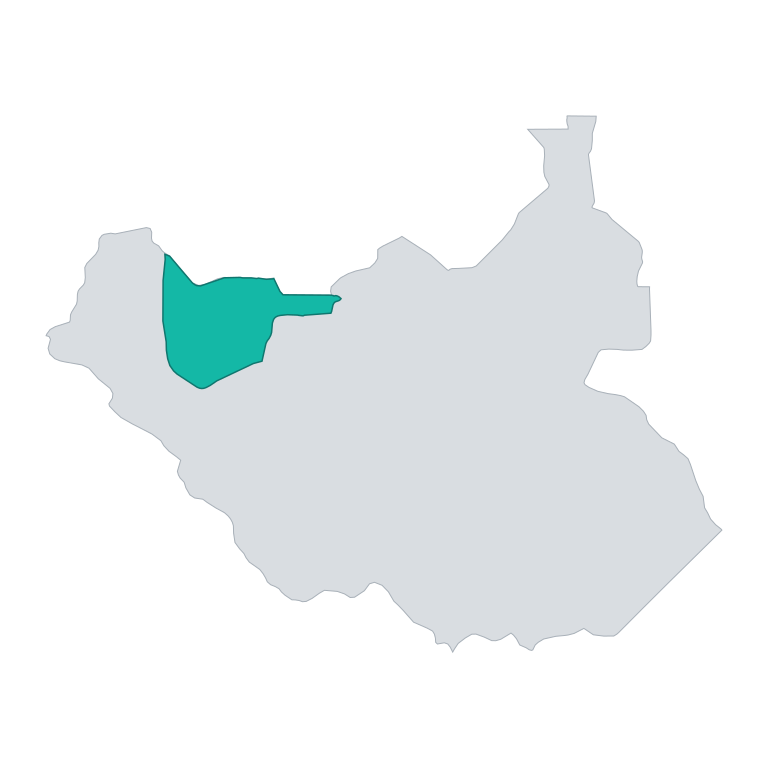 South Sudan, with Northern Bahr el Ghazal highlighted
{"feature_id": "SDS-147", "entity_name": "Northern Bahr el Ghazal", "entity_type": "State", "adm_level": 1, "iso_a3": "SSD", "parent_name": "South Sudan", "parent_adm1": "", "projection": "mercator", "projection_center": [27.804, 8.898], "detail": "fine", "context": "in_parent", "style": "filled", "palette": "teal", "viewbox_px": 768, "rotation_deg": 0, "n_neighbors": 0, "source": "natural_earth", "source_scale": "10m", "svg_char_len": 4841}
<svg xmlns="http://www.w3.org/2000/svg" viewBox="0 0 768 768"><path d="M643.4,607.7L618.6,632.6L616.9,634.1L613.8,636.0L603.8,636.1L593.4,634.8L583.9,628.4L574.2,633.4L568.1,635.0L564.4,635.5L555.8,636.3L543.7,639.0L538.2,642.3L535.2,645.0L532.8,649.9L531.6,650.4L529.3,649.8L526.2,647.8L519.8,645.0L516.5,638.8L513.5,635.1L511.0,633.1L500.7,639.3L495.8,640.7L491.7,640.6L484.2,637.1L476.0,634.1L471.8,634.2L465.4,637.9L458.2,643.4L454.5,648.9L452.7,652.1L450.2,647.1L447.8,644.0L444.3,642.8L437.4,644.0L435.7,642.3L435.4,638.0L434.4,634.1L432.6,631.1L427.3,628.2L413.6,622.2L403.1,610.3L397.7,604.7L393.9,601.2L388.4,591.8L382.1,585.3L374.5,582.3L369.5,583.8L364.4,590.7L354.6,597.2L350.2,597.5L344.5,593.9L337.3,591.4L324.4,590.3L319.1,593.4L312.1,598.4L306.2,601.4L302.5,601.7L299.1,600.5L295.2,599.9L291.9,599.8L285.0,595.2L281.4,591.9L279.0,588.7L275.1,586.5L270.6,584.7L267.3,581.8L265.7,578.2L263.1,573.7L259.8,569.5L249.3,562.1L246.1,557.8L243.9,553.5L239.6,548.8L235.0,542.5L233.6,533.2L233.4,525.8L232.4,522.4L230.5,518.9L228.2,516.0L224.5,512.7L215.9,508.0L207.1,502.4L202.8,499.2L194.7,498.0L189.9,494.9L185.9,487.9L184.2,482.3L180.1,478.0L178.4,474.9L177.4,471.3L180.7,460.2L176.0,456.4L169.0,451.3L163.9,445.8L160.9,440.7L151.9,434.0L132.3,423.9L121.0,417.5L114.8,411.7L109.5,406.1L108.9,403.8L112.4,398.2L112.9,393.5L110.1,388.4L98.3,378.8L89.0,368.2L81.9,364.9L64.8,361.9L59.9,360.8L54.8,358.7L49.8,354.0L48.1,348.3L50.5,339.3L49.0,336.5L46.1,335.7L46.9,333.9L50.1,329.5L55.4,326.6L69.5,322.1L70.2,320.4L70.5,314.8L71.7,312.0L76.5,304.2L77.2,301.0L77.4,294.4L78.1,291.2L79.5,289.0L83.3,285.1L84.7,282.7L85.3,277.6L84.8,267.5L86.8,263.5L95.7,254.3L98.1,250.2L98.9,246.5L98.8,242.7L99.3,239.0L102.0,235.4L104.2,234.3L110.8,233.2L115.2,233.9L146.4,227.6L150.1,228.5L151.7,232.2L151.5,238.2L152.1,241.1L153.8,243.1L158.7,245.9L162.1,250.7L164.0,252.4L169.0,255.7L192.2,282.8L198.7,285.4L205.0,284.4L217.6,278.8L223.9,277.4L268.0,279.0L273.0,278.1L273.3,278.3L280.0,291.9L283.2,295.0L331.5,295.1L330.6,291.2L331.2,286.9L339.7,278.6L341.0,277.6L348.4,273.6L355.7,271.0L369.7,267.8L374.9,262.9L377.7,258.4L377.8,249.6L379.6,248.1L383.0,246.0L399.2,238.1L401.9,236.4L430.6,254.9L446.7,269.4L447.7,270.1L448.5,270.4L449.3,269.9L450.1,269.2L452.0,268.6L458.9,268.4L471.9,267.7L476.2,266.0L502.3,239.9L509.0,231.6L510.7,229.9L514.4,224.0L518.4,213.8L519.2,212.6L547.9,188.2L548.9,186.2L549.1,184.7L544.8,176.5L543.9,172.3L543.7,165.8L544.6,155.8L544.3,149.4L543.9,147.7L543.7,147.4L527.7,129.3L568.1,129.1L568.1,126.9L568.0,126.1L567.2,124.0L566.8,121.1L566.8,119.5L567.1,118.0L567.1,117.2L567.0,116.5L567.0,116.1L567.2,115.9L596.2,116.2L595.8,121.4L592.3,133.4L592.3,140.6L591.5,148.8L590.5,151.2L589.0,153.2L588.5,154.2L588.5,155.1L594.5,201.0L594.1,203.0L592.5,205.8L592.1,206.8L592.0,207.5L592.6,208.0L606.0,212.9L606.6,213.2L607.2,213.7L612.0,219.5L638.3,241.3L639.2,242.4L641.9,249.2L642.2,250.2L642.3,251.9L642.2,253.1L641.6,257.2L641.8,259.1L642.2,260.3L642.6,261.7L642.6,262.1L642.4,263.1L638.5,271.0L637.2,276.6L636.8,281.3L637.0,284.0L637.5,285.8L637.8,286.5L638.2,286.7L649.6,286.8L649.5,289.3L651.0,330.4L651.0,335.1L650.6,340.9L649.3,343.1L646.0,346.4L642.0,349.4L631.8,350.2L623.3,350.1L617.2,349.4L608.9,349.1L601.1,349.8L598.3,352.3L588.0,374.1L584.8,379.6L584.0,382.8L585.0,384.7L589.0,387.4L597.8,391.3L607.9,393.6L615.4,394.6L620.6,395.6L624.5,396.8L638.9,406.7L643.5,411.3L646.1,415.4L646.7,419.7L648.7,424.1L661.8,437.8L674.3,444.1L679.0,451.4L683.7,454.9L688.0,458.7L690.4,464.4L695.8,480.7L699.4,489.3L703.1,496.3L704.6,507.8L707.6,512.8L710.6,519.1L715.6,524.7L721.0,529.0L721.9,530.1L667.9,583.3L643.4,607.7Z" fill="#d9dde1" stroke="#a8b0b8" stroke-width="1"/><path d="M273.8,278.5L280.0,291.5L283.0,294.8L307.2,295.0L331.4,295.2L331.5,295.2L332.3,295.4L332.8,295.5L333.3,295.6L333.7,295.9L334.0,296.0L334.4,295.9L334.9,295.8L335.4,295.7L335.8,295.6L336.3,295.7L336.8,295.9L337.4,296.0L338.0,296.3L339.1,296.9L339.6,297.3L340.4,298.1L341.0,298.5L340.9,298.7L340.7,299.2L339.5,300.3L338.1,300.9L335.3,301.8L334.0,303.0L333.0,304.9L331.6,311.5L330.9,313.2L304.6,315.2L304.4,315.2L303.6,315.7L303.0,315.8L302.4,315.8L298.4,315.3L297.8,315.1L287.4,314.7L280.4,315.4L277.8,316.0L276.1,316.8L274.9,317.7L273.6,319.4L272.4,323.0L271.6,332.4L270.8,335.1L269.1,338.4L267.2,340.9L265.9,343.6L262.0,361.2L253.4,363.5L216.9,380.8L210.2,385.4L206.4,387.4L204.8,388.0L203.3,388.4L201.6,388.5L199.6,388.2L197.1,387.2L177.1,374.1L173.6,370.9L169.9,365.6L167.7,358.8L166.4,350.3L166.2,341.8L162.9,321.0L163.1,280.4L165.2,259.4L164.9,254.3L169.6,256.1L181.0,269.6L192.5,283.1L195.2,284.9L196.7,285.6L200.2,285.9L200.9,285.8L224.3,277.8L240.1,277.4L242.8,277.9L251.5,277.9L256.5,278.5L256.8,278.5L258.1,278.2L258.4,278.1L266.2,279.3L272.2,278.9L273.2,278.8L273.8,278.5Z" fill="#14b8a6" stroke="#0f766e" stroke-width="1.5"/></svg>